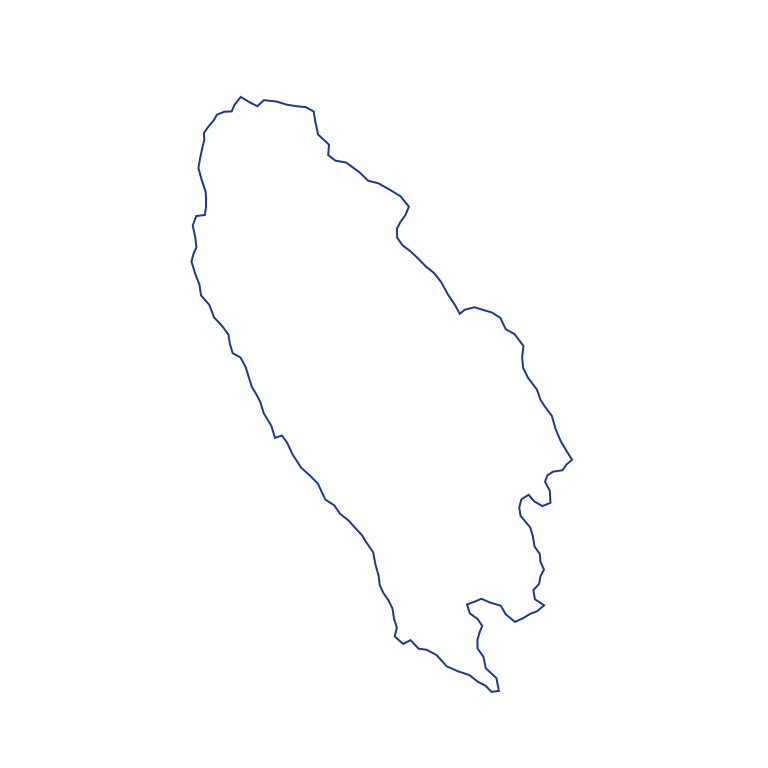 Paulistas, Minas Gerais, Brazil (Equal Earth projection), rotated 145°
{"feature_id": "56859067B39216072479731", "entity_name": "Paulistas", "entity_type": "district", "adm_level": 2, "iso_a3": "BRA", "parent_name": "Brazil", "parent_adm1": "Minas Gerais", "projection": "equal_earth", "projection_center": [-42.864, -18.454], "detail": "fine", "context": "isolated", "style": "outline", "palette": "blue", "viewbox_px": 768, "rotation_deg": 145, "n_neighbors": 0, "source": "geoboundaries", "source_scale": "gbopen_adm2", "svg_char_len": 2235}
<svg xmlns="http://www.w3.org/2000/svg" viewBox="0 0 768 768"><g transform="rotate(145 384 384)"><path d="M379.8,129.5L371.6,131.3L366.1,136.8L359.4,140.2L357.8,148.7L353.9,155.3L353.9,164.6L349.5,173.6L346.5,182.7L347.8,197.7L344.0,205.3L337.7,210.7L329.1,210.3L328.2,201.4L324.2,193.1L315.8,191.2L309.4,201.4L308.2,211.5L302.5,215.5L295.8,215.2L287.3,211.0L280.6,213.4L273.4,214.1L272.8,225.7L272.0,236.1L269.4,248.3L264.8,261.6L265.2,273.5L264.8,281.6L261.9,291.8L262.5,306.3L260.8,317.3L255.8,326.3L248.0,335.1L248.4,349.8L252.9,359.1L250.7,371.4L254.6,380.7L258.9,386.0L265.9,395.0L275.1,398.5L281.7,398.1L280.6,407.4L280.3,420.6L278.7,434.7L279.4,446.4L282.3,456.1L284.0,466.8L286.3,477.8L289.3,487.0L289.3,496.3L284.2,503.9L277.4,507.4L269.5,510.1L261.9,515.0L262.8,528.2L267.6,539.3L273.5,551.7L280.4,559.6L282.6,571.2L288.0,587.2L295.6,594.7L298.4,603.5L291.8,611.6L294.9,626.2L289.9,638.0L285.3,647.5L289.3,655.7L296.2,661.6L303.1,668.2L310.1,677.1L319.6,685.4L328.4,684.2L332.4,691.6L336.7,701.3L346.3,698.4L352.5,694.7L358.8,698.7L366.5,700.4L372.6,697.5L379.6,695.8L387.4,693.0L391.4,686.8L397.0,682.0L405.6,674.0L412.2,667.3L416.4,655.4L419.8,643.8L424.0,637.1L428.4,630.9L433.9,625.2L441.5,629.3L449.8,623.5L454.7,611.9L459.3,603.5L465.2,600.0L471.5,594.7L475.5,582.2L478.2,571.2L483.1,561.5L481.7,549.1L485.0,535.8L483.3,523.9L483.1,513.7L487.1,505.6L490.3,496.0L486.3,487.9L487.7,477.0L491.1,466.3L493.9,457.5L494.5,448.5L495.7,440.1L499.3,429.0L500.3,414.3L504.2,402.4L497.2,400.4L497.0,391.9L499.3,378.6L499.9,363.1L496.9,350.1L495.3,340.0L496.9,331.7L498.3,322.9L494.3,313.0L494.5,303.2L491.3,292.3L490.1,282.0L488.8,272.6L489.3,264.4L489.4,252.3L494.3,241.7L498.5,229.8L502.9,221.7L504.4,212.9L504.4,203.9L505.9,195.1L510.5,185.8L513.2,177.0L520.0,171.1L517.4,160.1L509.1,158.9L507.5,147.3L501.6,142.0L496.4,131.8L494.6,116.8L488.1,106.1L481.1,96.7L477.9,86.2L473.9,78.6L472.6,70.2L465.9,66.7L460.6,78.6L463.7,92.8L459.0,103.5L459.1,113.7L454.3,120.7L448.2,125.7L442.3,129.5L442.1,137.7L445.2,146.8L442.5,155.8L433.7,153.5L427.4,152.2L422.5,144.2L415.5,135.4L416.4,125.6L413.2,114.0L403.7,112.3L396.1,111.9L389.1,110.0L379.8,110.9L383.9,121.1L379.8,129.5Z" fill="none" stroke="#1e3a8a" stroke-width="2"/></g></svg>